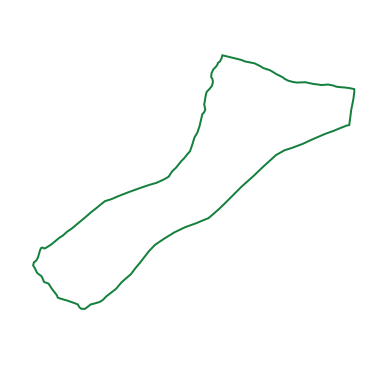 Storuman, Västerbotten, Sweden, rotated 104°
{"feature_id": "70781695B25837784643259", "entity_name": "Storuman", "entity_type": "district", "adm_level": 2, "iso_a3": "SWE", "parent_name": "Sweden", "parent_adm1": "Västerbotten", "projection": "mercator", "projection_center": [16.034, 65.448], "detail": "fine", "context": "isolated", "style": "outline", "palette": "green", "viewbox_px": 384, "rotation_deg": 104, "n_neighbors": 0, "source": "geoboundaries", "source_scale": "gbopen_adm2", "svg_char_len": 1869}
<svg xmlns="http://www.w3.org/2000/svg" viewBox="0 0 384 384"><g transform="rotate(104 192 192)"><path d="M89.0,55.6L80.3,56.6L73.7,57.4L68.3,57.6L61.8,58.0L55.0,58.8L52.9,59.6L53.1,64.3L53.5,68.2L54.0,70.9L54.9,77.2L54.5,80.7L54.8,85.9L56.8,92.0L57.8,100.5L58.1,108.8L59.1,112.1L60.5,117.0L60.8,120.8L60.7,125.7L59.7,129.8L58.8,131.5L57.9,135.4L57.2,138.8L56.3,141.4L55.0,145.8L54.5,152.8L53.4,156.0L52.7,159.4L52.0,162.4L52.5,172.2L51.9,176.2L52.0,195.6L55.2,195.7L58.6,196.5L60.4,198.1L62.2,198.1L64.5,199.0L67.9,201.0L72.1,201.8L75.8,201.2L77.6,199.4L80.2,198.3L84.0,198.3L87.5,199.8L89.9,201.2L91.5,202.0L95.8,202.0L100.0,201.6L103.9,201.4L106.5,200.2L108.9,199.0L111.9,199.6L114.0,200.8L126.3,200.6L133.4,201.2L138.4,202.8L146.5,203.2L152.9,203.8L156.8,205.8L161.2,207.8L164.7,209.9L172.1,213.3L176.8,216.3L182.9,218.4L186.7,222.4L191.7,228.7L195.4,235.1L201.0,243.8L207.5,253.5L213.8,262.4L218.6,268.7L221.8,274.1L225.9,277.3L230.1,280.4L236.0,285.0L243.3,290.1L249.5,294.7L256.0,299.4L260.8,303.6L265.7,306.9L268.3,309.5L273.2,313.1L277.0,315.9L281.5,320.2L282.5,321.4L282.1,323.8L283.1,325.0L286.1,325.4L292.8,325.6L296.4,326.6L298.6,328.4L299.2,328.4L301.6,328.4L304.6,325.5L308.0,322.7L310.2,317.6L312.5,315.7L315.1,313.8L315.6,309.0L319.8,304.6L322.3,301.4L325.0,298.0L327.0,296.7L327.3,293.3L327.5,287.1L328.2,279.5L328.7,275.7L331.0,273.4L332.1,271.3L331.3,267.6L329.6,266.2L325.6,263.1L323.3,258.8L320.9,254.8L318.3,252.4L314.0,249.9L304.4,242.3L296.6,238.5L286.5,231.4L279.4,228.4L272.9,225.2L267.2,222.7L259.9,219.5L252.2,215.1L243.8,207.5L235.4,199.3L228.0,190.4L224.5,185.2L221.0,180.0L216.9,174.6L213.4,169.7L202.2,161.8L193.5,156.4L174.8,145.2L161.9,136.4L150.9,129.5L143.6,124.6L135.9,119.5L129.0,112.2L125.1,105.8L118.5,96.2L112.4,88.7L103.7,77.3L98.2,69.1L93.8,63.2L90.0,57.8L89.0,55.6Z" fill="none" stroke="#15803d" stroke-width="2"/></g></svg>